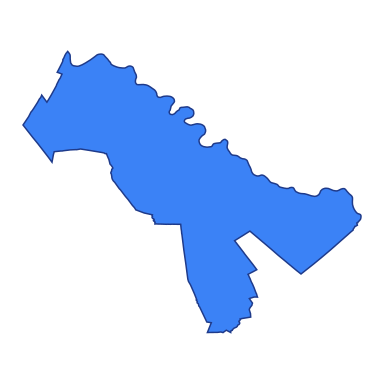 Gavojdia, Timis, Romania (Robinson projection)
{"feature_id": "2599482B38045497727994", "entity_name": "Gavojdia", "entity_type": "district", "adm_level": 2, "iso_a3": "ROU", "parent_name": "Romania", "parent_adm1": "Timis", "projection": "robinson", "projection_center": [22.005, 45.609], "detail": "fine", "context": "isolated", "style": "filled", "palette": "blue", "viewbox_px": 384, "rotation_deg": 0, "n_neighbors": 0, "source": "geoboundaries", "source_scale": "gbopen_adm2", "svg_char_len": 5900}
<svg xmlns="http://www.w3.org/2000/svg" viewBox="0 0 384 384"><path d="M174.5,101.2L174.1,99.3L173.3,98.2L171.7,97.0L170.1,96.4L167.6,96.1L166.4,96.1L163.9,96.3L163.0,96.5L160.6,97.4L158.8,97.3L158.1,97.0L157.4,96.4L157.1,95.6L156.8,94.8L156.7,93.6L156.2,92.3L155.6,91.2L154.6,90.0L150.5,87.1L148.6,85.9L147.3,85.3L146.0,84.9L143.2,84.5L138.3,84.7L136.9,84.5L136.5,84.2L135.6,82.8L135.4,81.9L135.5,80.1L135.9,78.6L136.4,77.7L136.4,76.3L136.2,75.1L135.9,74.3L134.7,72.0L133.2,67.7L132.7,67.1L132.0,66.6L131.0,66.2L130.0,66.0L129.0,66.1L128.0,66.4L126.9,67.0L126.1,67.5L124.9,68.0L122.7,68.0L119.7,67.7L118.2,67.4L116.5,66.9L114.0,65.9L112.5,65.2L111.1,64.2L110.5,62.8L110.2,62.2L109.4,61.5L107.6,59.1L105.5,56.9L104.7,56.0L104.2,55.3L103.6,54.7L102.6,54.3L101.6,54.1L100.5,54.1L99.5,54.2L98.4,54.4L97.2,54.8L94.9,56.6L90.4,59.9L87.0,62.0L85.6,62.9L82.1,64.8L79.1,66.0L78.2,66.2L77.1,66.3L73.8,65.8L72.9,65.5L72.1,65.0L70.7,63.0L70.4,60.9L70.2,58.7L70.2,56.5L70.1,55.2L69.9,54.5L69.2,53.3L67.7,51.4L67.2,52.0L66.8,52.6L66.1,53.3L65.7,54.0L64.8,55.6L64.0,57.6L63.5,58.6L63.1,59.1L62.9,59.5L62.8,60.0L62.8,60.4L62.9,60.6L62.6,61.6L60.7,65.5L57.2,72.3L59.3,73.0L62.0,74.1L60.1,78.3L58.8,80.1L58.6,80.7L56.7,84.5L56.3,85.8L51.3,94.9L49.0,98.8L46.9,102.2L41.7,95.1L41.2,96.4L40.6,97.6L39.4,99.0L37.6,102.3L34.1,107.8L32.3,110.5L31.0,112.0L28.6,116.7L23.0,125.0L32.8,137.5L37.8,143.6L48.1,156.9L52.0,162.2L53.4,154.7L54.2,151.7L60.8,151.0L62.1,151.0L63.7,150.7L70.2,149.9L76.2,149.6L76.5,149.7L80.5,149.0L89.4,150.4L101.4,152.4L103.9,152.9L104.3,153.1L105.2,153.7L106.5,153.6L106.6,153.8L106.6,154.1L107.6,156.6L108.9,159.5L110.0,164.0L110.3,164.5L111.1,165.2L112.6,167.4L112.7,167.6L112.8,168.2L112.7,168.5L111.8,169.2L111.6,170.6L111.5,171.0L111.5,171.4L111.2,171.6L111.1,171.9L110.8,172.8L110.8,173.1L111.3,173.9L111.8,176.5L111.9,177.9L112.4,179.4L113.4,181.0L114.7,182.3L119.2,188.6L119.7,189.2L120.1,189.4L125.4,196.4L127.9,199.3L132.4,205.4L134.4,207.6L135.5,209.3L135.7,209.8L144.2,213.0L152.3,214.8L152.0,215.3L152.0,215.5L152.5,216.1L152.5,216.3L152.0,216.9L152.0,217.1L152.3,218.0L152.6,218.3L153.2,218.5L153.2,218.8L153.9,219.1L154.2,219.6L154.1,220.2L153.5,220.4L153.4,220.6L153.6,221.0L154.6,221.4L154.8,221.9L155.1,222.2L155.1,222.4L154.8,222.9L155.1,223.6L155.0,224.0L156.7,223.9L157.0,224.0L161.6,224.1L167.0,224.3L167.3,224.2L170.7,224.3L171.8,224.2L177.7,224.3L178.5,224.3L180.7,224.3L181.1,228.6L181.5,231.1L181.7,233.6L181.9,234.3L182.3,237.5L183.8,249.7L185.9,264.4L187.8,279.0L188.5,281.5L190.5,284.9L194.2,293.3L196.4,298.8L196.2,299.2L196.8,299.9L196.4,300.5L196.8,300.9L197.3,301.4L197.1,302.8L198.3,303.7L198.8,306.0L199.6,306.9L206.8,322.0L211.3,322.7L207.4,332.5L215.0,332.4L217.4,332.4L220.5,332.0L221.4,332.1L223.0,332.6L226.3,330.2L230.7,332.5L230.7,331.1L231.1,331.0L231.4,330.7L231.7,330.5L232.2,330.4L232.4,330.2L232.4,329.7L233.3,328.9L234.0,328.2L236.5,327.1L237.3,326.3L237.6,325.5L238.1,324.9L239.0,324.5L239.4,324.0L239.7,323.4L239.7,322.8L239.2,322.1L238.9,321.4L239.0,321.1L239.7,320.7L240.1,320.0L240.2,318.9L240.8,319.1L241.5,318.6L250.7,317.1L250.5,313.6L249.3,309.8L249.3,309.6L249.5,308.7L250.4,307.2L251.9,305.3L252.0,304.9L252.1,304.2L252.5,303.1L249.3,298.6L249.9,298.3L253.9,297.1L255.0,297.0L257.5,297.1L256.9,295.3L256.6,294.0L256.2,293.3L255.5,291.6L254.1,287.8L252.5,284.1L251.2,281.6L250.1,278.7L249.2,276.9L248.4,274.9L248.0,274.3L254.0,271.2L256.8,269.7L255.7,268.2L253.1,264.7L252.3,263.7L244.5,253.7L243.9,252.8L234.6,240.7L249.9,231.1L271.6,249.5L278.0,255.1L296.8,270.7L301.0,274.0L314.0,263.7L323.3,256.0L330.4,250.0L350.8,232.0L353.1,230.1L353.2,229.4L353.4,228.8L353.8,228.3L354.4,227.5L354.8,226.5L355.0,226.6L357.4,225.2L356.9,223.6L356.9,222.9L357.8,222.7L358.2,221.8L359.5,220.6L360.5,219.3L360.9,217.8L361.0,216.4L360.9,215.4L360.4,214.6L359.4,214.1L357.6,213.5L356.5,212.6L355.1,210.8L354.0,208.9L353.2,207.0L352.5,204.4L352.4,202.0L352.5,199.3L352.5,197.8L352.0,196.4L350.9,195.2L349.3,193.9L347.1,191.5L345.8,189.8L345.1,189.1L344.1,188.6L342.9,188.6L341.0,189.1L338.7,190.3L337.1,190.9L335.8,190.9L333.3,190.5L328.4,188.5L326.7,188.3L325.0,188.3L323.4,188.8L322.2,189.4L320.6,191.0L319.9,192.9L318.8,194.7L316.7,196.0L315.8,196.2L314.7,196.4L311.3,195.8L307.0,194.4L304.7,193.8L300.8,193.5L298.7,193.0L296.0,191.7L294.9,190.4L293.9,188.4L293.0,187.6L291.4,187.4L289.9,187.7L288.5,188.4L286.7,188.5L284.1,188.1L280.8,187.3L279.8,187.0L278.8,186.3L278.0,185.2L276.9,184.3L274.5,183.5L272.2,182.9L270.6,182.3L269.5,181.1L267.4,178.4L265.2,176.5L263.7,175.5L262.3,175.1L261.3,175.1L260.3,175.4L259.3,175.8L258.0,176.0L256.8,175.9L255.9,175.6L254.3,174.9L253.2,174.1L251.9,172.3L251.4,170.9L251.1,169.6L250.2,167.3L249.1,165.3L247.1,160.5L245.8,159.5L244.6,159.0L242.4,158.7L240.3,157.9L238.9,156.8L237.5,155.9L236.2,155.5L232.5,155.1L231.2,154.3L230.1,152.9L229.4,151.7L228.2,150.1L227.4,148.5L227.1,147.4L227.2,145.9L227.7,143.4L227.7,142.1L227.3,141.0L226.2,140.1L225.3,139.4L224.2,139.4L223.1,140.0L221.9,140.9L221.0,142.1L220.1,142.8L216.2,143.2L214.1,143.6L213.3,144.1L212.6,145.1L212.0,146.2L211.1,146.7L207.1,147.2L205.8,147.0L203.5,146.6L201.6,145.7L200.4,144.7L199.5,143.1L199.0,141.1L199.1,139.8L199.9,138.3L200.8,137.2L202.1,135.8L204.5,134.1L205.2,132.6L205.6,131.2L205.6,129.8L204.4,126.5L203.3,125.5L201.8,124.6L200.2,124.1L197.6,123.8L196.1,123.9L191.0,125.2L189.5,124.9L188.7,124.6L187.4,124.0L184.9,122.5L184.4,121.7L184.3,121.1L184.6,120.2L184.9,119.6L185.6,119.0L187.6,118.3L189.7,118.0L191.4,117.2L192.9,116.0L193.5,114.8L193.8,113.7L193.7,112.2L193.5,111.0L192.9,109.9L191.5,108.9L190.2,108.3L189.3,107.5L187.7,106.9L186.3,106.9L183.0,107.3L181.3,107.4L180.2,107.7L179.7,108.5L179.1,109.9L177.4,110.9L176.1,112.0L175.1,113.2L174.0,114.0L172.5,114.6L170.6,114.4L170.0,114.0L169.2,112.7L169.3,111.3L170.2,110.1L171.1,106.1L172.8,104.0L174.1,102.3L174.5,101.2Z" fill="#3b82f6" stroke="#1e3a8a" stroke-width="1.5"/></svg>